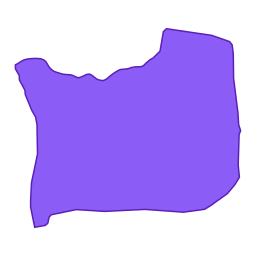 the district of Santo Domingo Xenacoj, Sacatepéquez, Guatemala
{"feature_id": "79465075B12925018589584", "entity_name": "Santo Domingo Xenacoj", "entity_type": "district", "adm_level": 2, "iso_a3": "GTM", "parent_name": "Guatemala", "parent_adm1": "Sacatepéquez", "projection": "robinson", "projection_center": [-90.711, 14.68], "detail": "fine", "context": "isolated", "style": "filled", "palette": "violet", "viewbox_px": 256, "rotation_deg": 0, "n_neighbors": 0, "source": "geoboundaries", "source_scale": "gbopen_adm2", "svg_char_len": 1183}
<svg xmlns="http://www.w3.org/2000/svg" viewBox="0 0 256 256"><path d="M15.4,64.8L15.4,68.8L19.2,75.5L19.4,80.0L24.9,90.2L25.3,94.6L31.8,110.4L35.6,117.0L37.0,124.7L37.5,154.1L31.5,182.7L30.6,200.2L30.6,207.0L34.7,227.3L45.3,225.4L47.7,223.4L49.2,217.0L51.4,214.7L76.3,209.6L104.6,211.4L145.0,209.4L183.5,212.2L204.6,209.3L211.6,205.0L214.2,203.0L227.3,193.7L234.9,184.6L239.4,177.3L238.2,165.1L239.1,134.5L240.6,130.7L238.7,124.8L237.9,112.4L233.6,78.4L233.3,54.0L232.2,45.0L229.6,41.6L211.8,35.4L166.5,28.7L163.4,31.6L160.0,51.2L152.9,58.2L151.0,59.1L149.4,60.2L147.5,61.9L145.7,63.4L144.2,65.0L142.7,66.1L140.7,66.8L138.0,66.8L135.8,66.8L133.7,67.1L131.1,67.6L128.5,68.6L124.4,69.2L121.1,69.4L118.9,70.1L116.3,71.6L113.2,73.6L110.2,75.9L106.4,79.1L103.6,80.5L101.0,80.4L98.5,79.8L96.4,78.8L93.8,76.8L91.5,75.0L89.6,74.1L86.3,74.5L84.5,75.5L80.4,77.3L78.2,77.7L76.2,77.1L74.0,76.0L71.9,75.1L69.3,74.7L67.0,74.6L63.0,74.2L61.2,73.7L58.6,72.9L55.8,72.0L53.9,71.3L51.3,69.4L49.2,67.1L47.5,64.4L46.2,62.1L44.4,60.3L41.4,58.9L39.5,58.6L35.7,58.4L33.1,58.5L30.3,58.7L27.1,59.1L25.0,59.6L23.3,60.2L20.8,61.6L17.6,63.7L15.4,64.8Z" fill="#8b5cf6" stroke="#5b21b6" stroke-width="1.5"/></svg>